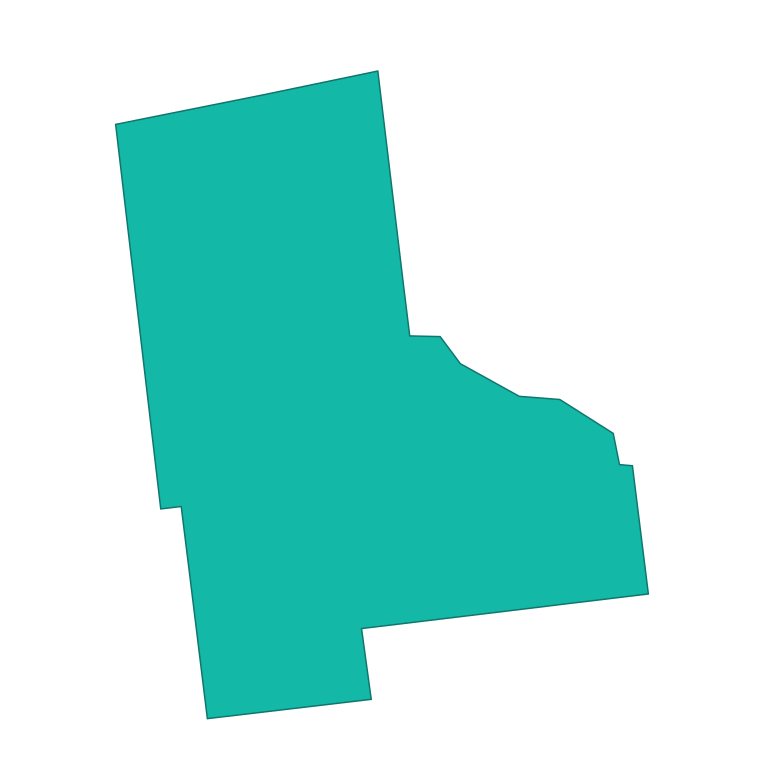 Jefferson Davis, Mississippi, United States of America (Equal Earth projection), rotated 353°
{"feature_id": "52423323B71217436545860", "entity_name": "Jefferson Davis", "entity_type": "district", "adm_level": 2, "iso_a3": "USA", "parent_name": "United States of America", "parent_adm1": "Mississippi", "projection": "equal_earth", "projection_center": [-89.767, 31.582], "detail": "fine", "context": "isolated", "style": "filled", "palette": "teal", "viewbox_px": 768, "rotation_deg": 353, "n_neighbors": 0, "source": "geoboundaries", "source_scale": "gbopen_adm2", "svg_char_len": 456}
<svg xmlns="http://www.w3.org/2000/svg" viewBox="0 0 768 768"><g transform="rotate(353 384 384)"><path d="M538.8,624.4L620.8,624.6L620.6,495.4L607.9,492.7L605.5,461.0L556.6,420.8L516.7,412.7L462.3,373.2L445.5,343.8L415.4,339.4L415.4,287.2L415.8,147.6L416.0,72.6L297.7,82.4L149.3,93.6L147.2,480.8L167.8,480.9L167.9,545.9L167.9,613.1L167.9,694.6L332.9,695.4L331.9,624.0L518.4,624.4L538.8,624.4Z" fill="#14b8a6" stroke="#0f766e" stroke-width="1.5"/></g></svg>